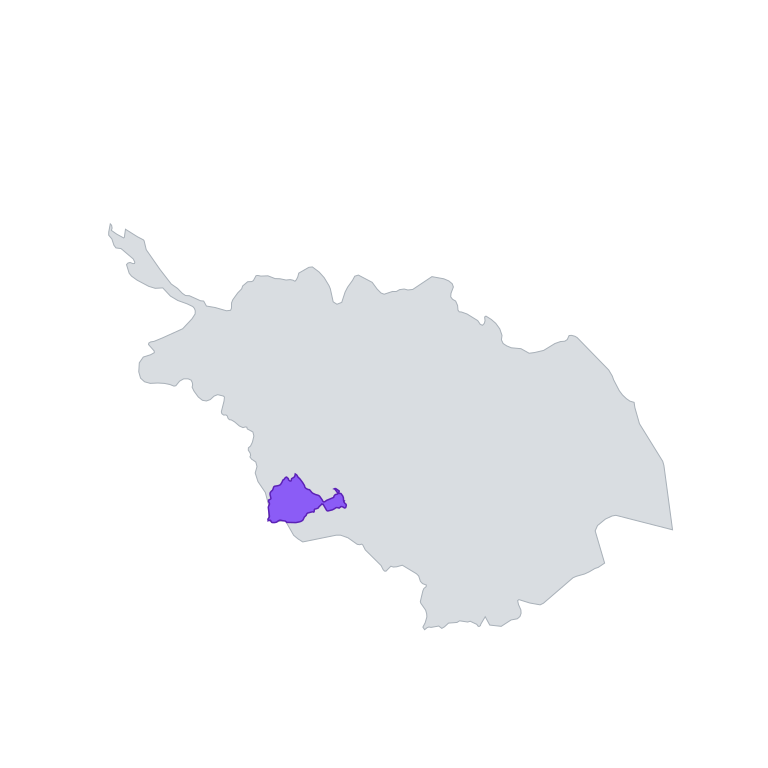 Jawzjan highlighted on a map of Afghanistan, rotated 242°
{"feature_id": "AFG-1746", "entity_name": "Jawzjan", "entity_type": "Province", "adm_level": 1, "iso_a3": "AFG", "parent_name": "Afghanistan", "parent_adm1": "", "projection": "orthographic", "projection_center": [65.748, 36.744], "detail": "fine", "context": "in_parent", "style": "filled", "palette": "violet", "viewbox_px": 768, "rotation_deg": 242, "n_neighbors": 0, "source": "natural_earth", "source_scale": "10m", "svg_char_len": 7373}
<svg xmlns="http://www.w3.org/2000/svg" viewBox="0 0 768 768"><g transform="rotate(242 384 384)"><path d="M343.9,228.3L357.0,226.9L365.9,228.5L370.7,233.1L375.3,234.2L379.8,231.8L382.6,231.4L383.7,232.8L385.9,233.4L389.3,233.1L391.3,234.3L391.9,237.1L394.5,240.6L399.2,244.7L403.2,245.7L408.5,242.2L410.3,242.6L411.2,241.4L411.7,239.0L414.8,236.6L420.7,234.3L424.0,232.3L425.1,230.7L427.1,230.2L429.3,230.6L430.8,230.0L431.9,227.8L433.9,226.9L435.8,227.3L444.1,234.8L447.4,237.0L448.8,236.5L452.7,232.1L453.1,228.3L451.8,223.3L452.4,219.2L454.9,216.0L459.8,213.9L466.9,212.9L471.3,213.1L473.0,214.6L475.2,215.4L478.0,215.5L480.5,213.5L482.6,209.6L482.5,204.9L480.2,199.4L480.7,197.6L484.1,194.7L487.7,190.3L491.1,184.7L494.3,177.9L498.4,173.6L503.5,171.8L509.9,173.2L517.6,177.9L520.8,184.1L519.4,191.7L519.5,195.9L521.1,196.6L529.4,194.6L530.6,195.6L530.7,197.7L529.6,201.0L528.7,210.0L527.3,232.2L531.7,245.1L534.5,250.1L537.2,251.7L539.7,252.1L542.2,251.5L547.2,247.8L554.6,241.1L561.9,236.7L572.7,233.8L575.9,226.9L580.7,222.1L591.7,214.7L597.8,211.7L601.4,211.0L610.3,212.7L611.0,214.7L610.5,216.9L608.2,218.8L607.5,220.3L608.6,221.2L612.1,221.3L627.0,215.4L630.0,211.2L633.3,210.7L639.8,211.8L644.7,210.8L647.4,212.3L653.9,217.5L652.0,218.0L649.3,217.1L647.6,215.4L641.7,218.4L635.2,222.7L635.4,223.6L642.0,228.4L629.8,235.4L624.3,239.2L623.0,239.4L614.2,237.1L590.2,240.0L572.1,243.1L565.3,246.6L558.7,248.5L555.3,250.3L553.3,253.6L543.6,261.1L541.9,263.7L536.2,263.8L530.8,270.8L522.6,279.3L521.1,283.1L522.5,284.9L527.2,287.5L529.4,290.1L533.1,297.6L534.8,303.0L536.9,305.2L538.3,311.6L536.5,315.4L536.6,317.2L539.7,321.9L539.1,323.5L537.1,325.9L534.0,332.3L528.2,337.3L525.8,341.5L521.8,346.3L520.2,350.2L518.4,352.4L516.5,353.6L517.2,355.6L519.0,358.1L521.9,360.8L522.3,372.4L521.0,375.7L513.3,379.3L506.0,381.1L496.8,381.6L493.3,381.3L480.4,377.7L476.5,379.9L475.9,385.0L483.5,392.9L486.6,397.4L490.3,404.9L492.9,408.8L492.2,412.5L479.3,421.3L471.0,422.5L465.7,424.1L463.2,426.3L461.7,435.0L459.9,438.2L460.0,442.0L458.4,446.4L455.8,449.2L454.0,453.8L456.3,476.7L448.8,486.2L444.6,489.6L440.5,491.3L437.1,490.8L432.6,485.7L429.6,483.8L426.6,484.3L423.6,486.2L418.7,485.8L414.5,484.0L412.4,484.3L411.2,486.2L406.8,490.2L396.0,496.5L391.5,497.0L389.6,498.5L390.4,501.0L392.4,502.9L395.9,504.3L396.1,505.9L390.5,509.1L384.9,511.2L378.3,512.1L371.5,511.0L367.9,508.4L363.8,508.2L360.1,510.2L356.2,513.4L350.9,521.5L343.0,526.6L341.1,531.7L338.7,540.7L339.5,553.9L338.6,559.8L336.9,563.7L337.2,566.7L339.9,570.2L338.9,572.4L336.6,574.9L334.4,576.3L290.8,589.0L283.7,589.3L280.0,588.7L267.6,588.6L262.4,589.4L257.3,591.1L253.4,593.1L250.4,596.2L245.3,594.4L229.0,590.9L184.9,593.8L180.7,592.9L119.8,570.3L159.2,527.1L160.4,523.4L160.8,516.1L158.8,506.1L155.2,501.5L122.3,494.7L121.5,487.0L122.1,483.6L121.8,477.0L122.1,471.9L123.9,463.6L124.2,459.9L115.6,421.9L115.7,418.2L122.2,409.9L130.3,401.9L130.0,400.3L126.1,399.2L120.3,398.8L117.2,397.4L114.9,394.9L114.1,391.5L116.0,385.5L115.0,373.7L121.5,364.2L131.0,364.1L126.5,356.7L125.5,355.8L125.2,354.6L125.8,353.4L128.2,353.1L134.1,348.7L134.5,346.2L139.4,339.6L139.2,336.5L142.6,328.7L141.2,323.3L141.1,320.3L144.6,318.7L147.0,311.3L148.4,309.5L148.6,307.6L148.0,304.5L151.1,304.2L153.8,308.2L158.2,312.5L161.1,313.8L164.8,314.6L173.1,313.6L174.8,313.9L183.2,321.3L184.7,323.2L185.3,326.1L186.6,327.0L189.7,324.3L192.6,323.5L198.2,324.5L201.2,323.6L215.4,315.1L216.6,309.5L218.0,306.3L219.9,304.5L217.8,297.9L218.6,296.6L220.5,296.1L225.1,296.2L246.3,289.6L251.9,289.7L253.1,289.1L253.5,287.1L255.0,285.1L265.1,280.0L270.9,274.7L273.0,270.7L282.7,238.1L287.7,235.3L292.8,233.2L310.0,232.7L313.2,222.7L314.8,220.3L317.8,217.9L330.5,225.1L343.9,228.3Z" fill="#d9dde1" stroke="#a8b0b8" stroke-width="1"/><path d="M317.7,217.5L318.2,217.8L318.9,217.9L319.2,218.1L319.9,219.5L320.1,220.0L320.4,220.3L321.1,220.8L329.4,223.9L330.1,224.5L331.1,225.8L331.7,226.5L332.5,226.8L332.9,226.9L334.1,226.8L334.5,226.9L335.0,227.4L335.4,227.5L335.7,227.6L335.7,227.9L335.6,229.4L335.6,229.7L335.7,230.0L335.8,230.1L335.9,230.3L336.0,230.4L336.5,230.6L338.8,231.2L339.3,231.3L339.7,231.4L341.0,232.1L341.3,232.4L341.6,232.7L341.8,233.2L342.0,233.6L342.1,233.9L342.2,234.1L342.3,234.3L342.3,234.5L342.4,234.8L342.5,235.5L343.1,236.4L344.8,238.2L345.1,239.0L345.1,239.3L345.0,239.7L345.0,239.8L344.9,240.0L344.1,242.3L343.8,243.6L343.7,244.7L343.9,245.5L344.4,246.5L345.4,248.1L346.3,249.2L346.6,249.6L346.7,249.8L346.7,250.0L346.6,250.4L346.6,250.7L346.8,251.2L347.2,251.8L347.4,252.2L347.7,253.6L347.7,254.0L347.5,254.3L347.4,254.4L346.8,254.5L346.6,254.5L346.0,254.9L345.7,255.0L345.3,255.1L344.5,254.8L344.3,254.7L344.2,254.7L342.7,255.3L342.4,255.6L342.1,256.1L342.1,256.4L342.3,256.7L342.9,257.3L343.3,257.5L343.8,258.0L343.9,260.4L344.1,261.2L344.4,261.8L345.3,262.7L346.2,263.4L344.8,264.2L344.6,264.2L344.1,264.3L343.6,264.3L342.5,264.3L339.7,265.2L335.3,265.9L331.7,266.1L330.2,265.7L329.2,265.8L328.3,266.2L326.8,267.2L326.6,267.4L326.4,267.5L326.1,268.1L325.7,268.5L325.3,268.7L321.9,269.4L320.9,269.9L318.6,271.6L316.7,273.6L315.8,274.2L315.0,274.5L310.9,275.0L308.9,275.0L308.3,275.4L308.1,275.7L308.0,276.1L307.9,276.5L307.9,276.9L308.2,278.5L308.2,278.8L307.5,286.3L308.4,287.1L308.8,287.9L309.0,288.3L309.1,288.7L309.2,289.1L309.2,289.4L308.8,290.6L308.7,291.5L308.9,291.8L309.1,292.0L313.9,291.3L314.2,291.2L314.5,291.1L314.8,290.8L314.8,291.1L314.7,291.6L314.6,291.8L314.5,292.0L314.4,292.1L314.2,292.4L313.4,292.7L312.7,293.2L312.4,293.4L311.3,293.7L311.2,293.8L310.8,294.1L310.7,294.2L310.3,294.1L310.0,293.8L309.7,293.5L309.5,293.2L309.4,292.9L309.2,292.8L309.1,292.7L308.8,292.7L308.5,292.9L308.4,293.0L308.3,293.3L308.2,293.6L308.0,293.8L307.8,294.2L307.6,294.5L307.4,294.6L307.2,294.6L304.6,295.0L302.8,294.8L301.1,294.1L300.9,294.0L300.6,293.7L300.3,293.7L299.9,293.8L299.5,294.0L299.4,294.1L299.2,293.8L299.1,293.5L299.1,293.3L299.0,293.2L298.9,293.2L298.7,293.2L298.3,293.3L296.8,293.5L296.4,293.6L296.0,293.9L295.8,294.0L295.6,294.0L295.1,293.9L294.5,293.7L293.4,292.7L293.2,292.5L293.0,292.3L292.9,292.1L292.9,291.9L292.9,291.7L292.9,291.2L293.1,291.0L293.3,290.8L293.9,290.4L294.7,290.0L294.8,289.9L295.0,289.7L295.3,289.5L295.8,288.8L295.9,288.5L296.0,288.3L295.8,287.7L295.5,286.1L295.9,285.7L296.1,285.6L296.4,285.3L296.5,285.1L296.8,284.6L297.1,284.2L297.3,283.7L297.3,283.1L297.3,282.8L297.2,282.5L297.1,282.2L297.1,281.9L297.1,281.6L297.1,279.4L298.2,275.0L298.4,274.7L298.6,274.4L298.9,274.2L299.6,274.0L305.7,273.8L306.2,273.9L306.3,273.9L306.4,273.6L306.6,273.2L307.3,272.9L306.9,271.9L306.8,271.4L306.5,270.4L306.1,268.9L305.5,268.0L305.4,267.6L305.4,267.2L305.6,265.8L306.0,264.3L306.0,264.1L306.0,263.9L305.8,263.6L305.6,263.4L305.3,263.2L304.4,262.6L304.2,262.4L304.0,262.2L303.9,262.0L303.9,261.8L304.0,261.7L304.3,261.4L304.5,261.2L304.7,260.8L304.8,260.6L305.3,258.6L305.6,257.2L305.9,256.0L305.9,255.8L305.9,255.6L305.7,255.2L305.5,254.7L305.0,254.0L304.7,253.8L304.5,253.4L304.4,253.1L303.9,251.2L302.0,248.7L301.7,247.3L301.7,246.6L301.7,246.0L302.0,244.5L303.0,241.1L307.3,233.5L307.5,233.1L308.0,233.1L309.4,232.4L311.1,230.1L312.1,229.0L312.6,228.3L312.8,227.4L312.8,226.4L312.5,224.4L312.7,223.3L313.0,222.4L313.5,221.4L313.9,220.7L314.2,220.2L314.7,219.9L315.3,219.8L316.8,219.8L317.3,219.4L317.6,218.2L317.7,217.5Z" fill="#8b5cf6" stroke="#5b21b6" stroke-width="1.5"/></g></svg>